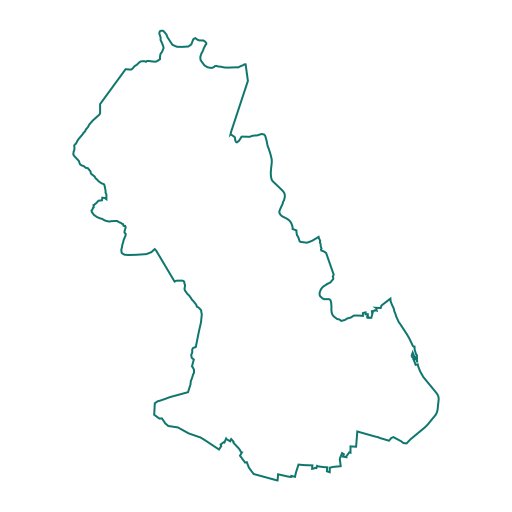 Acula, Veracruz, Mexico (Natural Earth projection)
{"feature_id": "50627088B79823252153906", "entity_name": "Acula", "entity_type": "district", "adm_level": 2, "iso_a3": "MEX", "parent_name": "Mexico", "parent_adm1": "Veracruz", "projection": "natural_earth1", "projection_center": [-95.798, 18.563], "detail": "fine", "context": "isolated", "style": "outline", "palette": "teal", "viewbox_px": 512, "rotation_deg": 0, "n_neighbors": 0, "source": "geoboundaries", "source_scale": "gbopen_adm2", "svg_char_len": 5953}
<svg xmlns="http://www.w3.org/2000/svg" viewBox="0 0 512 512"><path d="M333.7,274.7L326.1,252.9L323.8,251.4L321.3,250.5L321.0,249.5L321.5,248.4L320.7,246.1L320.6,243.9L320.1,243.1L319.9,242.1L320.2,240.9L318.9,238.1L318.6,236.9L311.9,240.9L309.0,242.0L306.9,242.7L300.5,241.9L299.9,241.5L299.4,240.7L298.9,238.9L298.3,237.4L297.6,236.0L297.0,235.2L296.5,232.5L296.4,230.4L292.6,229.0L292.6,227.3L292.2,225.6L291.3,223.2L290.3,221.6L288.9,220.1L286.9,218.7L282.0,216.2L280.6,214.9L279.6,213.4L279.3,211.4L280.7,207.9L282.6,203.9L282.8,203.2L282.8,202.6L284.0,200.2L284.8,197.1L284.8,194.9L284.4,193.3L283.2,191.4L279.1,187.3L272.8,181.3L271.9,180.1L271.3,178.4L270.8,174.6L270.8,172.2L271.1,168.4L271.8,162.3L271.7,159.3L270.4,153.9L268.5,148.0L268.0,147.1L267.4,144.9L266.6,140.8L265.4,136.3L264.8,135.3L264.0,134.5L261.9,134.0L258.8,134.8L257.4,135.4L254.7,135.5L252.1,135.9L249.8,136.8L242.0,136.6L241.4,136.9L241.1,137.5L239.0,140.8L236.9,142.4L235.9,141.8L235.2,140.0L234.9,137.4L233.5,136.2L230.7,134.3L230.5,134.5L231.1,131.8L247.9,80.9L245.6,64.3L244.5,64.3L242.8,65.4L241.0,66.0L238.2,67.4L236.7,67.3L228.4,67.6L224.5,67.5L220.2,66.6L218.7,66.6L216.3,65.9L215.0,66.1L214.2,66.9L212.3,67.8L211.3,67.9L209.5,67.7L207.2,67.1L204.6,65.5L203.9,64.7L200.6,60.1L200.3,57.5L200.7,55.5L201.7,52.9L202.4,51.9L202.9,50.6L203.3,50.0L203.5,49.0L204.3,47.2L204.9,46.3L205.3,45.1L206.0,44.5L206.3,44.0L206.3,43.1L205.4,41.9L203.5,40.5L199.2,40.4L197.6,39.8L195.3,38.1L193.6,39.0L193.2,39.5L191.3,44.4L188.4,46.5L182.0,46.9L177.0,46.8L172.4,44.8L167.5,37.3L166.3,34.3L163.5,31.1L162.9,30.7L160.9,30.8L160.1,31.1L159.6,31.9L159.3,33.5L160.6,37.4L160.6,40.1L162.0,43.0L163.2,46.2L163.6,48.1L161.8,52.3L160.8,53.4L160.3,54.7L159.9,57.7L160.0,59.2L157.3,61.0L155.7,61.7L152.6,61.5L148.2,60.9L146.7,61.1L146.0,61.8L145.0,61.5L144.5,61.2L142.8,61.2L140.7,61.5L139.7,62.0L136.8,64.8L134.5,66.2L132.8,68.3L131.7,69.3L130.5,69.6L125.6,69.2L100.1,104.1L100.1,113.3L99.5,114.5L92.8,120.5L89.3,124.5L88.0,127.0L86.7,128.6L85.8,129.5L85.2,131.2L83.6,132.8L82.3,134.7L78.6,139.0L77.3,141.0L76.0,143.6L74.8,144.6L74.2,145.7L74.5,148.0L74.2,150.4L73.6,151.7L73.3,154.4L74.1,155.9L78.8,160.9L79.9,164.1L81.2,165.2L83.9,166.2L85.7,167.8L87.9,168.2L89.3,170.0L90.4,171.2L90.6,172.4L91.2,173.9L94.7,176.6L95.6,178.4L96.6,179.1L99.0,181.6L101.4,183.2L104.0,184.3L104.5,185.4L105.6,190.9L105.5,192.4L106.4,194.5L106.4,199.2L104.7,198.0L102.3,197.7L102.0,200.3L98.5,200.7L96.2,203.2L95.2,203.9L94.3,204.9L93.5,205.1L93.7,207.5L92.9,208.0L92.4,209.7L91.5,210.5L91.8,212.0L94.0,215.0L97.1,217.1L100.2,218.4L102.2,218.9L103.6,219.8L105.7,220.8L109.4,221.6L111.0,221.2L115.8,221.0L117.2,221.0L119.4,222.4L120.8,222.8L121.8,223.7L123.0,224.1L123.6,225.9L125.1,225.9L125.7,227.2L124.6,230.9L124.5,232.6L125.8,234.1L125.4,235.9L124.2,238.7L123.4,240.9L123.3,241.9L122.4,244.5L121.9,247.6L121.3,249.7L121.5,251.6L121.7,252.9L122.6,253.6L124.5,254.7L128.2,255.0L136.1,254.8L146.4,254.1L151.3,252.2L154.7,249.1L156.2,250.7L174.6,281.6L175.7,280.9L177.0,280.7L181.2,280.6L182.6,280.7L183.6,281.1L184.2,281.8L184.4,283.3L184.9,284.6L185.0,285.7L184.5,289.1L185.2,290.9L186.3,292.3L187.0,293.5L189.5,295.9L192.2,300.0L193.4,301.1L196.2,304.7L196.9,306.7L198.0,307.2L198.9,307.9L200.4,309.4L201.1,310.3L201.4,312.6L201.8,314.2L201.0,322.3L199.0,331.0L195.9,346.5L195.6,347.2L194.4,347.4L192.9,348.2L192.2,349.6L192.2,350.9L192.3,351.8L191.9,353.5L191.2,355.0L191.5,356.8L191.8,357.9L193.8,359.5L192.0,366.3L192.4,366.6L192.6,367.4L193.2,368.1L194.0,369.8L194.0,372.8L193.1,374.4L192.0,378.2L190.8,381.1L190.5,384.4L188.0,392.2L170.0,397.1L164.6,399.1L159.6,400.8L157.6,401.3L154.8,403.3L154.2,414.8L159.4,418.6L161.9,418.4L165.3,423.4L168.3,426.0L177.8,427.4L188.9,433.5L198.5,436.8L200.4,437.4L204.8,440.1L219.0,449.5L221.2,446.2L220.6,444.5L224.1,441.9L224.5,442.3L226.1,438.6L226.4,439.1L230.2,441.3L230.8,439.7L231.1,439.7L231.3,439.2L233.5,441.7L233.3,442.2L233.6,442.9L239.2,448.9L240.6,451.3L241.6,452.6L241.8,452.6L240.0,455.7L245.1,462.6L246.8,462.2L248.9,467.6L252.1,472.0L253.7,474.0L277.4,480.5L277.5,481.3L278.1,474.3L287.3,476.4L290.6,477.0L291.3,476.9L291.4,475.9L295.0,476.8L295.4,474.9L296.0,472.4L298.5,464.6L304.0,465.1L312.4,465.4L312.1,468.8L313.0,468.7L315.6,467.8L316.4,468.1L317.1,465.9L318.3,466.4L323.6,467.1L327.2,467.3L326.9,471.3L329.7,472.2L329.8,467.7L333.2,466.9L340.7,466.2L339.8,459.2L339.9,458.5L342.1,453.1L343.9,454.3L343.0,456.6L346.4,457.2L346.3,456.4L349.3,452.3L350.5,452.7L350.5,446.4L356.1,446.7L357.3,431.5L374.6,436.4L378.5,437.3L379.2,437.8L389.0,440.7L391.3,438.0L393.4,437.1L401.2,441.3L403.5,443.1L406.6,443.4L410.5,439.3L425.1,427.2L427.5,424.8L435.6,414.9L436.8,412.7L437.5,410.2L438.7,399.1L438.5,397.1L437.9,395.3L436.6,393.2L423.3,377.0L420.0,371.1L418.0,365.8L417.8,364.4L415.6,364.8L414.0,360.5L413.6,359.7L414.5,359.6L415.0,359.3L412.4,357.3L411.9,356.6L411.7,355.5L412.7,352.6L414.2,356.3L414.6,356.4L415.5,357.6L416.7,359.8L417.3,362.5L417.0,360.2L416.9,355.1L416.1,354.3L414.7,349.9L414.5,346.6L413.6,346.6L412.9,346.0L409.4,338.6L407.1,334.6L400.3,324.2L398.8,322.2L396.2,316.4L395.4,313.8L394.4,311.5L393.7,308.4L391.8,304.4L390.6,301.2L390.4,298.6L381.5,305.5L380.7,308.0L375.9,307.8L376.2,308.0L376.7,310.5L376.5,310.4L374.9,310.4L374.9,310.6L371.9,311.2L372.2,313.4L372.5,313.3L371.3,317.8L368.4,317.9L368.4,317.3L367.3,317.5L367.1,316.7L367.3,316.2L367.8,315.8L367.8,314.2L365.6,314.3L365.6,312.4L363.1,312.9L362.9,313.2L362.9,315.9L359.7,315.6L354.5,315.5L353.9,315.6L350.6,317.6L347.4,318.4L344.8,320.0L341.2,320.9L339.3,319.4L337.3,319.1L334.6,317.1L333.2,315.8L332.1,314.0L331.6,312.0L331.3,309.0L331.5,308.2L331.3,303.8L330.9,301.6L330.5,300.3L329.6,299.4L328.5,299.1L324.2,299.2L322.6,298.5L320.2,296.3L319.6,294.8L319.6,293.0L320.0,291.6L321.0,289.2L322.4,287.4L323.9,286.1L326.6,284.5L327.4,284.0L327.3,283.9L330.2,282.6L333.2,279.1L333.3,278.2L332.8,276.5L333.7,274.7Z" fill="none" stroke="#0f766e" stroke-width="2"/></svg>